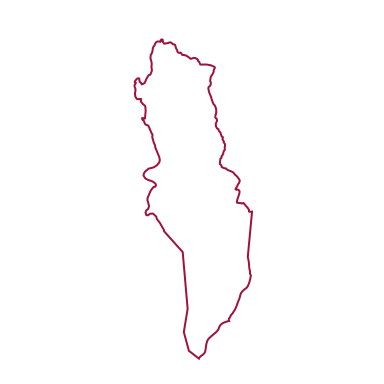 the district of Escap, Micoud, Saint Lucia, rotated 240°
{"feature_id": "8701671B28478396095564", "entity_name": "Escap", "entity_type": "district", "adm_level": 2, "iso_a3": "LCA", "parent_name": "Saint Lucia", "parent_adm1": "Micoud", "projection": "natural_earth1", "projection_center": [-60.899, 13.831], "detail": "fine", "context": "isolated", "style": "outline", "palette": "rose", "viewbox_px": 384, "rotation_deg": 240, "n_neighbors": 0, "source": "geoboundaries", "source_scale": "gbopen_adm2", "svg_char_len": 5796}
<svg xmlns="http://www.w3.org/2000/svg" viewBox="0 0 384 384"><g transform="rotate(240 192 192)"><path d="M145.1,234.2L145.2,233.7L145.8,232.4L146.1,232.0L146.6,231.6L147.7,232.3L149.5,232.4L151.4,232.1L152.7,231.8L154.2,231.6L156.7,231.1L157.2,229.2L157.9,228.8L159.0,227.3L159.3,226.7L160.3,225.7L161.2,226.1L162.8,227.5L165.6,230.7L166.9,232.1L168.1,233.1L168.8,233.5L170.3,233.4L170.7,233.3L171.4,232.5L171.9,231.4L172.4,231.1L173.0,231.4L173.8,233.0L174.1,233.5L174.9,234.8L175.5,235.3L176.2,237.1L177.7,238.9L179.1,239.2L182.3,238.9L183.9,238.5L184.6,238.3L185.4,237.9L186.4,237.9L188.7,237.3L190.4,236.2L190.7,235.8L191.4,235.4L192.1,234.7L192.8,234.2L194.8,233.2L195.2,233.1L195.6,233.1L196.5,231.7L197.4,231.2L198.5,230.3L199.0,230.2L199.7,230.6L201.0,230.6L202.2,230.2L204.0,231.2L205.5,232.4L206.6,233.3L206.9,234.1L206.9,234.6L208.3,235.6L208.8,237.1L209.6,238.2L210.7,239.0L211.8,240.5L211.9,241.1L212.9,242.0L214.6,242.8L215.1,243.4L216.2,244.2L217.4,244.5L219.2,244.3L219.6,244.7L220.5,244.9L222.1,244.6L223.6,245.9L224.2,246.1L225.1,245.5L228.4,246.1L229.2,246.3L230.9,246.1L231.3,245.9L232.0,245.9L233.1,246.3L233.6,246.0L234.5,245.5L235.7,245.5L236.7,245.6L239.1,246.6L241.3,249.4L242.2,249.7L243.2,250.0L243.9,249.6L245.0,249.4L247.2,251.1L247.4,251.6L249.0,252.9L251.5,254.3L252.4,254.4L252.9,254.7L254.3,254.9L255.8,255.0L257.3,254.6L258.6,254.7L262.5,255.4L264.9,256.1L269.2,256.6L270.0,256.7L273.4,257.9L274.4,258.6L274.8,259.8L274.9,260.6L275.5,261.7L276.9,262.8L278.5,263.2L279.1,263.2L281.7,265.3L282.5,266.0L282.6,266.5L283.7,268.5L284.5,269.9L285.5,271.0L286.5,271.6L288.0,273.7L288.5,274.1L289.5,273.8L292.3,271.7L295.0,268.5L296.6,265.8L297.8,263.5L298.4,262.9L300.2,263.2L301.6,263.2L302.5,262.8L303.4,263.2L304.4,263.0L306.3,261.9L307.3,260.4L307.5,259.4L307.7,258.1L307.9,257.6L309.7,256.7L310.8,256.3L313.3,255.0L314.6,253.5L315.5,252.3L316.0,252.0L318.0,252.0L318.4,251.7L318.9,250.4L319.8,249.7L320.7,249.5L321.6,249.9L324.8,250.1L327.3,250.8L328.0,250.8L328.7,250.4L329.2,249.6L329.8,249.2L330.8,249.0L331.4,248.7L332.2,248.4L332.7,247.4L332.9,246.9L332.9,246.0L333.6,244.1L333.8,243.4L334.1,242.6L334.7,241.9L336.1,241.9L337.4,242.1L338.2,242.7L338.6,242.6L339.2,242.3L339.4,241.7L339.0,240.8L338.0,240.3L337.9,240.0L337.9,239.6L338.7,238.9L339.2,238.1L339.7,236.9L339.5,235.4L338.6,233.8L337.6,232.8L337.2,231.4L336.0,229.9L334.8,229.0L332.9,227.4L331.8,225.8L331.3,224.8L330.5,224.2L328.6,222.9L327.2,222.5L325.4,222.1L323.1,221.2L320.7,219.5L318.5,218.5L317.6,218.3L316.4,217.1L315.1,215.4L314.5,214.5L314.8,213.4L314.8,213.0L314.3,211.8L312.7,209.0L310.5,206.1L310.2,205.4L310.1,202.9L310.4,202.3L311.3,202.3L312.2,202.5L313.5,201.7L314.3,202.0L316.2,202.9L316.8,202.9L317.4,202.3L317.6,201.3L317.1,199.4L316.6,198.2L315.9,197.4L315.3,197.4L314.8,197.6L314.7,197.8L314.1,197.4L313.7,196.3L313.1,195.6L312.6,195.2L310.7,194.7L309.7,194.6L308.4,194.0L306.8,192.6L305.4,191.6L304.0,191.1L303.2,190.7L301.8,190.7L301.1,190.6L300.4,190.7L299.6,191.3L298.6,193.3L298.2,194.2L297.9,194.4L296.1,193.0L294.3,193.2L292.2,193.6L290.4,194.4L289.4,194.3L286.1,192.8L284.7,191.9L281.4,189.6L279.2,188.0L279.3,187.6L280.8,186.2L280.8,185.6L279.9,185.3L279.1,185.3L278.1,185.8L276.8,185.8L275.5,185.4L274.3,185.4L273.1,185.8L271.5,187.3L269.8,187.2L264.9,186.6L262.9,186.4L261.6,186.5L260.6,185.9L259.2,184.9L257.7,184.6L255.5,184.0L253.8,183.6L250.8,183.3L248.6,182.4L240.1,181.3L238.6,181.1L235.8,180.1L234.1,178.6L232.7,175.0L232.5,171.1L233.9,166.1L233.2,161.6L231.8,159.2L230.3,158.2L227.1,158.4L224.4,160.0L221.6,162.6L218.8,164.1L217.1,164.5L215.7,164.1L215.0,162.4L215.6,161.4L215.2,160.0L213.5,156.4L208.8,150.3L207.1,149.3L203.1,148.3L201.2,147.7L199.3,145.6L198.9,143.2L197.4,141.4L194.8,141.0L193.9,142.0L194.1,145.0L192.7,147.5L188.6,148.7L186.0,148.1L182.0,148.7L173.2,148.7L171.9,148.2L144.6,153.9L93.0,129.8L74.8,114.9L56.0,109.9L44.3,114.7L44.4,114.8L44.5,115.0L44.7,115.3L44.9,115.8L45.0,116.0L45.1,116.3L45.2,116.5L45.3,116.8L45.4,117.3L45.5,117.9L45.5,118.1L45.5,118.5L45.5,118.8L45.5,119.0L45.6,119.4L45.7,119.6L45.7,119.8L45.7,120.0L45.8,120.2L45.8,120.6L46.0,121.2L46.1,121.7L46.3,122.2L46.4,122.4L46.7,122.8L46.9,123.1L47.0,123.3L47.2,123.6L47.5,123.8L47.8,124.1L48.0,124.3L48.5,124.7L48.7,124.9L49.1,125.2L49.2,125.3L49.5,125.5L49.8,125.8L50.1,126.0L50.3,126.2L51.2,126.9L51.5,127.1L51.9,127.4L52.0,127.5L52.4,127.8L52.7,128.1L53.1,128.4L53.7,128.9L53.9,129.2L54.0,129.3L54.7,130.0L54.9,130.2L55.1,130.5L55.4,130.8L55.5,130.9L55.6,131.1L55.9,131.6L56.0,131.7L56.1,132.0L56.3,132.4L56.5,132.7L56.7,133.4L56.9,134.2L57.0,134.5L57.1,135.2L57.1,135.4L57.2,135.6L57.4,136.3L57.5,136.8L57.6,137.5L57.8,138.2L57.8,138.4L57.9,138.7L57.9,139.1L58.0,139.3L58.0,139.5L58.1,139.9L58.1,140.3L58.1,140.5L58.3,141.3L58.3,141.6L58.3,141.8L58.4,142.1L58.4,142.3L58.5,142.5L58.6,142.8L58.7,143.2L58.7,143.4L58.8,143.5L58.9,143.9L59.0,144.3L59.1,144.6L59.2,144.8L59.4,145.1L59.4,145.3L59.5,145.4L59.8,145.9L59.8,146.0L60.0,146.3L60.1,146.5L60.4,146.9L60.8,147.3L61.1,147.8L61.3,148.1L61.6,148.3L61.7,148.5L61.8,148.6L62.0,148.9L62.1,149.1L62.3,149.6L62.5,150.0L62.7,150.5L62.8,151.0L62.9,151.4L62.9,151.6L62.9,151.8L63.0,152.0L63.0,152.4L63.0,152.9L63.0,153.2L63.0,153.4L63.0,153.6L63.0,153.8L62.9,154.3L62.9,154.5L62.9,154.8L62.9,155.0L62.7,155.8L62.6,156.3L62.6,156.6L62.4,157.2L62.3,157.5L62.3,157.9L62.2,158.3L62.1,158.5L62.1,158.9L62.0,159.1L61.9,159.3L61.7,159.6L62.6,159.8L63.9,160.6L64.2,161.8L65.4,163.4L66.1,164.7L66.7,166.7L67.7,168.4L68.5,170.1L70.0,172.3L71.9,174.7L74.2,177.3L76.0,179.8L78.7,182.4L80.0,184.0L80.9,186.3L81.4,188.4L81.7,191.4L82.7,193.5L84.9,196.3L88.0,199.3L90.2,201.2L92.5,201.5L94.6,202.7L97.1,203.4L100.0,204.8L103.0,206.2L105.2,207.0L107.8,207.8L145.0,234.2L145.1,234.2Z" fill="none" stroke="#9f1239" stroke-width="2"/></g></svg>